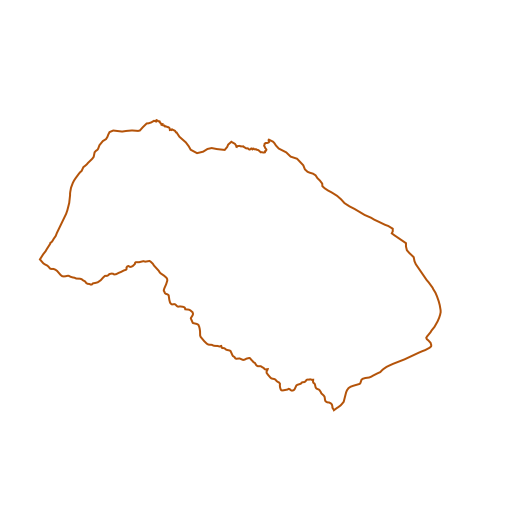 Phiang, Xaignabouri, Laos (Natural Earth projection), rotated 295°
{"feature_id": "54806243B59484994865641", "entity_name": "Phiang", "entity_type": "district", "adm_level": 2, "iso_a3": "LAO", "parent_name": "Laos", "parent_adm1": "Xaignabouri", "projection": "natural_earth1", "projection_center": [101.454, 18.877], "detail": "fine", "context": "isolated", "style": "outline", "palette": "amber", "viewbox_px": 512, "rotation_deg": 295, "n_neighbors": 0, "source": "geoboundaries", "source_scale": "gbopen_adm2", "svg_char_len": 6090}
<svg xmlns="http://www.w3.org/2000/svg" viewBox="0 0 512 512"><g transform="rotate(295 256 256)"><path d="M366.9,218.5L366.5,218.4L366.2,218.5L365.9,219.0L365.1,219.7L364.3,219.5L363.3,218.6L362.4,216.9L361.4,216.4L361.1,216.6L359.6,216.7L359.3,216.8L358.8,217.6L357.8,218.7L356.9,220.4L356.1,220.6L355.5,220.5L354.8,219.9L354.4,220.0L353.8,220.3L353.6,220.2L352.9,219.0L352.4,217.0L352.0,216.5L352.9,213.6L352.9,213.0L352.6,211.6L352.8,210.9L352.7,210.6L352.2,210.1L352.1,209.4L352.1,208.7L352.3,208.4L352.2,208.1L351.4,207.9L351.1,207.7L351.5,206.9L351.5,206.3L351.2,206.1L350.2,205.7L349.8,205.3L349.7,204.9L349.7,204.4L350.1,203.1L349.9,202.6L349.6,202.2L349.5,201.6L349.4,201.3L349.7,199.4L349.7,198.7L350.0,198.2L349.6,197.5L348.9,195.7L348.9,194.8L348.6,194.2L347.6,192.5L346.7,192.5L346.7,192.0L347.4,191.6L347.8,191.1L348.7,189.6L348.8,189.0L349.0,186.0L349.1,185.4L345.2,183.7L342.6,183.8L338.9,182.8L336.4,175.4L335.1,170.2L332.5,166.8L328.2,164.0L324.3,159.1L324.7,151.9L327.0,148.7L329.3,144.4L331.7,136.2L334.4,131.8L334.2,131.3L335.2,129.7L335.2,128.7L335.3,128.3L335.2,127.2L335.3,126.4L334.5,126.2L334.5,125.6L333.8,124.7L334.9,124.0L335.5,123.3L335.7,122.3L335.7,122.0L335.4,121.4L335.5,120.2L335.1,119.2L335.3,118.7L335.0,118.5L335.2,118.0L335.5,117.7L335.2,116.9L335.0,115.3L336.0,115.4L335.7,113.8L336.1,113.4L336.5,112.3L337.2,111.9L337.3,111.7L336.9,110.9L336.9,110.4L337.1,109.5L337.1,108.4L336.8,108.3L335.7,108.7L335.6,108.4L335.9,108.0L335.9,107.6L335.5,107.2L335.4,106.4L332.8,104.6L330.9,102.6L329.9,100.9L324.9,99.0L320.6,97.7L319.5,96.2L317.4,90.6L314.4,85.4L312.2,82.1L309.4,73.6L306.4,70.9L303.4,70.8L301.3,71.0L298.6,70.7L295.4,68.6L290.3,67.3L286.4,67.6L285.2,67.4L283.7,66.5L281.8,65.9L277.2,67.0L274.9,66.5L269.4,64.4L267.5,63.9L265.7,63.1L263.6,62.0L259.3,62.0L257.6,61.2L255.7,60.7L250.2,59.6L247.5,59.2L244.8,59.1L239.7,59.5L235.5,60.6L234.0,61.1L232.5,61.8L225.1,64.3L217.7,65.7L214.0,66.1L192.7,65.8L189.5,66.0L186.1,65.4L183.8,65.2L182.1,64.8L181.1,64.1L180.0,64.3L173.2,63.4L171.5,63.3L167.7,62.4L161.6,61.6L159.5,66.3L159.2,68.0L159.1,70.9L158.6,72.5L157.6,74.6L157.7,75.8L158.7,78.0L158.8,80.0L158.4,82.1L156.2,87.0L155.8,88.8L156.1,90.1L156.9,91.6L158.4,93.6L158.9,94.6L158.8,96.7L159.1,98.9L159.6,100.7L159.6,102.6L161.0,106.0L161.3,107.8L160.9,109.2L160.7,111.9L159.8,113.5L159.6,115.0L160.2,116.8L160.3,118.5L160.9,119.3L162.3,119.8L163.7,121.8L165.3,123.7L168.4,125.5L172.0,126.6L174.1,127.5L174.7,128.5L174.9,129.2L176.2,130.3L177.6,130.7L179.0,132.5L179.5,133.9L179.3,134.7L179.5,135.6L180.5,137.0L182.7,138.7L184.5,140.4L187.0,142.3L188.6,144.0L189.4,144.2L190.9,143.5L192.2,143.8L193.0,144.6L192.9,146.3L193.2,147.1L194.7,148.5L197.6,149.6L198.8,149.3L199.5,149.6L201.0,152.7L203.7,156.1L204.1,158.1L206.5,161.6L206.3,163.0L205.4,165.7L204.2,167.6L201.5,174.1L200.5,175.6L200.0,176.8L199.3,181.1L198.4,184.1L197.6,185.2L196.2,186.0L192.4,186.5L188.0,186.6L186.4,186.8L185.5,187.1L185.0,188.0L184.2,188.7L183.8,189.3L183.6,190.1L183.8,191.7L183.7,192.8L183.4,193.5L179.6,196.0L177.9,197.4L177.3,198.0L176.7,199.3L176.6,200.1L176.7,200.5L177.8,202.2L178.0,202.9L177.8,204.0L177.3,205.2L177.1,206.1L177.2,206.9L178.2,208.4L179.1,211.3L179.2,212.8L179.0,213.4L177.8,214.4L179.0,217.8L179.0,219.4L178.2,222.3L176.9,223.4L175.8,223.6L174.4,223.5L172.5,223.2L171.9,223.3L168.7,226.9L168.6,227.2L169.4,231.1L169.3,232.8L168.0,234.3L166.4,235.6L164.3,237.0L160.3,239.0L159.3,240.0L156.9,245.1L155.8,248.3L155.6,249.4L155.7,250.7L156.8,253.5L156.8,255.3L157.2,256.8L158.2,259.1L158.6,261.3L158.9,261.7L159.6,262.2L159.8,262.5L158.4,263.8L158.4,264.5L158.9,265.7L159.0,266.6L158.5,268.6L158.7,269.9L159.1,271.5L159.2,272.6L159.1,273.1L156.1,276.6L155.6,277.3L155.3,279.3L154.5,280.5L154.5,281.5L156.2,284.4L156.3,287.8L156.6,288.7L157.4,289.6L159.0,290.8L160.5,292.7L160.8,293.2L160.8,293.8L159.9,295.7L159.2,297.6L158.7,298.6L158.6,300.2L157.2,302.3L156.9,303.4L156.9,304.2L158.0,306.6L158.1,307.3L157.8,308.9L157.8,309.9L157.6,310.7L157.2,311.4L157.1,312.0L157.2,312.6L158.4,314.4L157.9,314.5L155.9,314.4L155.3,314.6L154.5,315.1L153.4,317.1L151.9,320.4L151.6,321.5L151.7,322.5L152.2,324.5L152.2,325.7L151.3,327.8L151.1,329.2L151.1,330.4L150.3,331.7L148.4,332.5L147.0,333.4L145.7,334.6L145.1,335.5L145.1,336.2L145.5,337.1L148.3,341.0L149.4,341.7L149.6,342.8L149.1,344.0L149.1,345.2L149.6,346.2L150.8,347.1L151.8,347.3L155.7,347.3L156.7,347.9L159.1,350.5L159.8,350.8L160.6,350.9L161.4,351.8L162.3,353.3L163.7,353.9L165.1,354.2L165.7,354.8L166.4,356.4L167.0,357.0L167.3,357.8L167.3,358.8L168.0,360.1L166.0,360.9L165.3,361.7L165.1,362.9L164.6,363.6L162.2,365.5L161.7,366.2L161.4,367.0L161.5,369.5L161.2,370.4L160.0,372.3L159.1,373.3L158.2,376.2L157.5,377.5L156.3,378.4L155.0,379.2L154.0,380.0L153.6,381.1L153.5,381.8L153.6,382.8L154.1,384.1L154.1,385.7L153.9,386.7L153.3,387.7L151.8,388.9L150.8,389.4L149.4,391.6L149.2,391.8L152.5,393.6L153.7,394.4L156.3,395.8L158.2,396.4L160.9,397.1L170.5,395.3L172.7,395.2L175.4,395.7L177.5,397.0L179.5,399.0L183.9,404.0L185.1,404.3L188.4,403.9L189.8,404.6L191.6,406.6L193.7,409.9L195.4,411.5L196.9,412.5L201.0,415.7L203.3,417.7L205.7,418.5L207.3,419.2L210.7,421.2L213.4,423.4L216.2,425.8L225.1,434.3L237.3,444.5L240.2,447.1L242.2,449.1L246.2,452.1L248.1,452.9L249.3,452.5L251.1,450.9L252.4,447.7L252.8,446.0L253.8,444.9L255.3,445.0L260.7,446.4L262.7,446.6L267.1,447.7L273.5,448.2L277.4,448.1L280.5,447.7L283.1,447.1L284.9,446.2L289.1,443.3L292.1,440.8L295.9,437.1L298.6,434.1L300.9,430.6L301.9,429.4L305.1,423.6L306.3,420.9L307.3,419.2L316.1,404.3L318.2,401.9L321.6,399.4L323.5,393.7L325.0,390.3L328.0,387.9L331.0,386.5L333.3,372.4L333.9,369.5L336.2,369.5L338.5,368.4L339.1,363.2L338.8,359.8L338.9,353.0L338.9,347.8L339.3,344.2L339.1,337.1L340.3,325.4L340.5,319.7L341.3,313.9L343.3,309.2L344.8,304.0L345.6,297.5L345.8,293.5L346.4,289.6L347.3,286.7L349.6,285.4L351.4,282.0L352.5,278.8L354.3,275.9L354.7,272.8L354.2,269.4L354.1,267.1L355.2,263.7L358.2,260.5L361.5,252.1L360.7,245.4L362.7,239.6L363.0,231.2L364.6,227.3L366.1,224.9L366.8,223.1L366.9,218.5Z" fill="none" stroke="#b45309" stroke-width="2"/></g></svg>